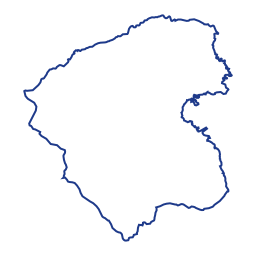 outline of Kota Palopo, Sulawesi Selatan, Indonesia
{"feature_id": "22746128B54354608226928", "entity_name": "Kota Palopo", "entity_type": "district", "adm_level": 2, "iso_a3": "IDN", "parent_name": "Indonesia", "parent_adm1": "Sulawesi Selatan", "projection": "orthographic", "projection_center": [120.171, -2.987], "detail": "fine", "context": "isolated", "style": "outline", "palette": "blue", "viewbox_px": 256, "rotation_deg": 0, "n_neighbors": 0, "source": "geoboundaries", "source_scale": "gbopen_adm2", "svg_char_len": 5777}
<svg xmlns="http://www.w3.org/2000/svg" viewBox="0 0 256 256"><path d="M228.4,89.6L228.0,88.9L226.0,87.6L225.3,84.5L222.0,83.2L222.2,81.9L224.4,80.2L224.3,79.3L223.0,78.9L222.9,78.3L223.4,77.7L224.3,77.5L225.9,78.5L226.5,78.6L227.0,78.4L226.9,77.9L226.1,77.6L224.9,76.2L224.8,75.5L225.6,74.9L228.1,74.9L228.8,75.2L229.0,75.9L229.9,76.1L231.4,75.8L231.7,75.3L230.9,74.3L229.5,73.2L230.1,72.8L230.1,72.5L228.6,71.5L228.1,70.6L228.1,69.7L228.9,69.4L229.1,68.8L227.9,68.5L226.9,68.8L226.1,68.5L226.0,67.3L227.1,67.1L226.0,65.2L225.1,64.8L225.0,63.7L224.2,63.3L224.7,62.6L224.5,61.7L225.0,61.0L224.8,60.5L224.3,60.4L222.8,61.3L222.3,61.2L221.7,60.2L221.6,58.8L221.2,58.6L220.8,58.8L220.9,60.6L219.9,61.1L219.0,60.5L219.0,60.2L219.4,60.1L219.3,59.5L218.0,58.8L218.4,58.3L218.2,57.3L217.8,57.3L217.0,58.5L216.2,58.0L216.2,57.2L217.1,54.8L216.7,54.4L215.6,54.5L215.2,54.2L215.3,53.1L214.9,52.8L214.4,50.7L213.1,47.7L213.4,46.0L212.6,45.3L212.5,44.7L213.1,44.1L213.4,42.5L214.1,41.3L214.9,40.5L215.3,38.8L214.4,38.2L214.6,36.5L214.3,34.1L215.2,33.6L216.1,33.5L217.9,33.9L218.2,33.2L216.0,31.1L214.0,26.2L213.4,25.7L212.7,25.6L210.7,26.5L209.3,25.7L208.0,24.2L206.9,24.5L204.2,24.3L203.6,23.6L198.9,21.0L194.2,19.3L189.6,19.8L188.8,20.7L186.7,20.9L180.7,19.5L178.1,19.5L175.5,20.7L175.5,20.0L174.6,19.5L172.0,21.0L171.2,20.6L170.1,17.0L169.4,16.4L168.9,16.5L166.9,18.1L165.8,18.2L164.5,17.4L163.5,15.7L163.0,15.4L162.1,15.4L159.5,16.5L158.4,16.6L157.4,17.2L155.7,17.1L154.2,17.5L152.0,17.3L149.2,18.3L147.6,19.2L147.2,19.9L146.6,20.2L144.6,20.5L143.6,22.2L143.0,22.6L140.6,22.9L139.5,25.2L138.7,25.5L137.7,25.3L136.3,25.6L135.7,27.1L135.0,27.4L133.6,27.2L132.9,26.1L132.4,25.9L131.1,26.3L130.1,27.2L129.0,28.9L128.0,33.0L127.4,34.0L122.8,34.3L120.8,36.0L120.1,36.3L118.0,36.1L117.2,36.9L115.8,37.3L114.9,38.4L112.6,39.8L109.6,40.8L109.1,41.2L107.8,41.4L106.5,42.1L105.0,42.4L100.5,42.7L98.2,43.2L95.1,44.6L92.4,46.7L89.7,46.9L87.4,48.0L86.4,48.1L85.0,49.2L81.8,49.7L80.4,51.0L80.1,51.0L78.7,50.1L77.9,50.2L77.6,50.8L77.1,50.3L76.6,50.6L75.9,50.3L74.2,51.8L73.9,52.5L74.5,53.2L74.3,53.7L73.1,54.2L72.4,54.9L71.4,57.2L70.0,59.4L68.4,59.2L68.0,59.5L68.5,61.1L68.0,62.3L63.8,66.3L60.6,65.1L59.5,65.1L56.8,67.0L56.2,68.1L55.6,68.6L53.1,68.4L51.4,69.3L49.7,69.6L47.3,72.6L46.6,74.4L44.0,78.2L43.4,78.6L42.4,78.6L41.3,79.3L40.4,82.4L38.4,85.1L32.8,90.2L27.1,90.8L25.3,90.5L24.3,91.1L25.5,96.0L27.3,98.2L28.0,98.9L34.2,102.7L36.4,106.6L35.8,110.6L29.2,123.5L29.6,125.4L31.2,126.0L33.2,129.0L35.2,129.4L40.2,132.0L39.5,133.8L41.5,136.0L46.3,138.8L50.7,144.0L57.1,145.2L60.7,148.6L64.8,150.1L65.1,151.3L65.0,152.8L63.5,155.4L63.5,156.7L64.0,159.9L65.0,163.2L65.8,164.5L66.7,167.3L65.8,169.5L64.6,170.6L64.3,171.3L64.6,174.0L63.9,175.5L63.7,177.4L63.2,177.9L65.1,177.6L67.1,179.9L67.9,181.5L69.3,182.0L72.3,182.3L74.7,183.0L77.0,185.5L79.5,189.3L80.6,192.8L82.5,196.3L90.0,201.4L93.2,203.2L96.5,206.2L98.7,209.1L102.3,216.5L103.4,217.4L105.0,218.1L107.9,220.5L108.9,220.6L111.1,224.3L112.5,228.0L116.3,231.3L118.5,232.3L120.2,232.6L121.0,233.2L121.9,234.3L122.8,238.5L123.8,239.8L124.9,240.5L126.0,240.6L128.3,240.2L129.1,237.9L130.1,237.5L132.7,237.3L133.5,236.0L133.8,234.9L137.0,234.0L136.9,232.7L137.6,231.4L138.0,227.7L139.0,224.8L140.9,225.1L141.2,224.9L142.5,225.4L142.9,224.4L143.0,222.7L143.7,222.4L144.8,222.4L146.7,224.1L150.1,223.7L151.2,221.9L154.1,220.4L154.5,218.9L154.5,217.8L155.2,215.0L155.5,212.7L156.6,210.3L156.5,208.0L156.2,207.4L160.2,206.2L163.6,204.5L166.6,203.7L170.0,203.3L175.1,204.5L176.3,204.5L177.7,205.4L178.5,205.3L181.2,204.1L182.8,204.2L183.9,204.7L188.6,207.9L189.8,207.7L191.5,206.5L193.1,206.7L194.6,207.1L196.0,208.0L200.1,209.7L201.8,210.1L203.4,210.0L204.2,208.8L208.8,208.2L212.8,206.7L214.5,204.8L219.8,201.0L224.5,195.7L224.8,194.8L227.2,191.5L228.0,191.6L228.4,191.1L228.2,189.6L226.1,186.4L226.3,183.6L225.3,180.7L225.4,178.8L225.1,177.3L224.7,176.2L223.9,175.7L223.8,173.8L223.0,173.3L223.7,173.0L222.5,170.7L221.6,169.7L220.0,166.2L221.2,165.7L221.5,164.9L221.4,162.5L220.3,160.5L220.2,159.0L219.8,158.8L219.9,156.3L219.6,156.0L220.0,154.4L219.4,151.4L218.0,149.2L217.3,149.0L216.6,148.2L214.7,148.3L214.5,147.9L214.9,147.7L215.1,147.1L214.6,146.4L214.8,145.2L214.3,144.3L212.9,143.6L211.4,142.2L210.6,142.0L210.3,141.6L208.7,141.0L207.2,140.8L207.2,139.9L208.1,139.0L208.2,138.3L209.9,138.0L209.5,137.1L209.1,136.7L208.6,136.8L208.7,136.0L205.8,135.6L204.2,135.1L203.7,134.8L202.6,133.2L202.6,132.0L207.0,128.7L206.1,127.6L200.7,130.7L198.9,131.5L198.3,131.5L197.9,130.9L198.2,130.7L197.7,130.1L197.3,130.3L196.8,129.3L198.6,128.4L198.4,127.5L196.7,128.1L196.5,127.4L194.7,127.2L194.4,126.8L195.1,126.4L195.0,126.2L194.4,126.5L192.0,124.6L191.9,123.9L192.3,123.5L191.7,122.7L192.2,122.0L191.9,121.5L190.0,121.0L189.5,121.2L189.3,121.6L187.8,122.2L187.1,121.7L186.3,121.6L185.7,121.0L184.1,120.5L183.7,118.7L182.8,117.7L182.1,117.6L181.6,117.1L182.4,115.4L181.9,114.5L181.9,113.5L181.4,112.7L182.1,112.0L182.8,110.0L182.6,107.2L183.4,106.1L184.1,104.3L184.4,104.3L186.7,101.5L187.0,100.1L188.0,100.3L188.7,99.7L189.5,99.5L190.1,99.8L191.5,98.6L193.0,99.1L193.8,98.7L193.9,98.0L193.6,97.3L193.8,95.3L194.2,94.8L197.0,95.6L198.9,94.9L202.7,94.6L204.1,93.6L204.8,94.3L205.7,94.4L206.2,92.9L207.7,91.9L207.9,92.6L209.2,92.7L211.3,94.1L213.1,94.5L214.9,94.1L215.0,93.1L216.7,92.4L220.7,92.0L223.5,94.0L225.8,93.6L227.0,91.2L228.4,89.6ZM196.2,105.4L198.4,104.3L198.3,103.3L197.9,102.9L196.8,102.6L196.2,102.0L195.8,101.4L196.0,100.7L195.4,99.9L194.1,100.0L193.4,100.7L193.6,101.8L194.9,105.0L196.2,105.4ZM196.1,96.0L195.3,95.7L195.2,96.7L196.3,97.8L198.2,97.9L199.1,97.2L199.1,96.4L198.5,96.0L196.1,96.0ZM193.0,101.3L192.5,100.7L191.7,100.9L191.2,101.5L191.2,101.9L192.0,101.6L192.9,101.8L193.0,101.3Z" fill="none" stroke="#1e3a8a" stroke-width="2"/></svg>